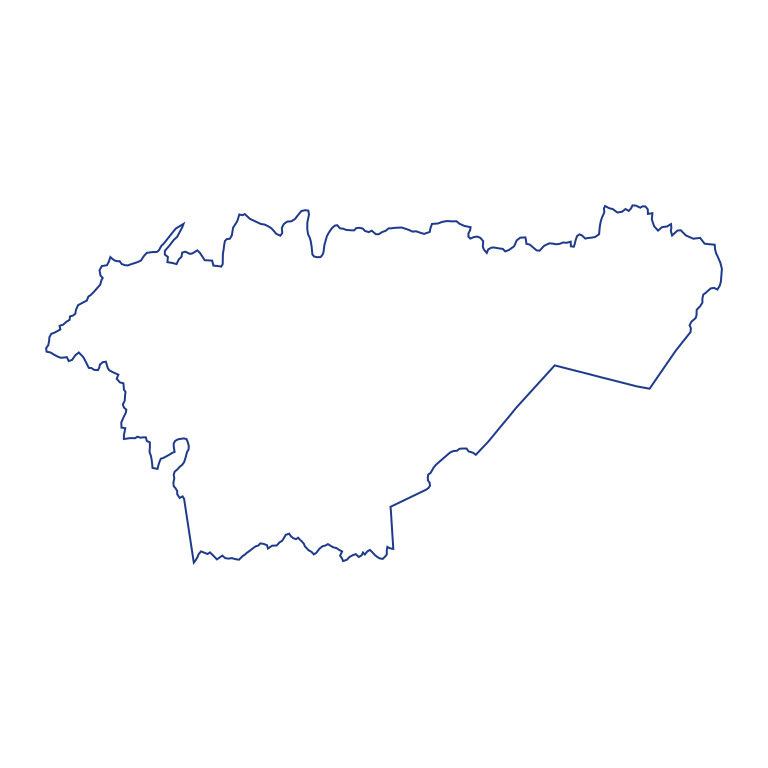 Acopiara, Ceará, Brazil (Natural Earth projection)
{"feature_id": "56859067B11934644430422", "entity_name": "Acopiara", "entity_type": "district", "adm_level": 2, "iso_a3": "BRA", "parent_name": "Brazil", "parent_adm1": "Ceará", "projection": "natural_earth1", "projection_center": [-39.533, -6.148], "detail": "fine", "context": "isolated", "style": "outline", "palette": "blue", "viewbox_px": 768, "rotation_deg": 0, "n_neighbors": 0, "source": "geoboundaries", "source_scale": "gbopen_adm2", "svg_char_len": 5871}
<svg xmlns="http://www.w3.org/2000/svg" viewBox="0 0 768 768"><path d="M721.9,268.8L720.3,262.6L717.4,255.9L716.1,253.3L715.1,249.5L714.7,244.7L709.2,244.2L704.6,243.7L700.1,237.9L693.3,238.7L685.8,235.4L680.7,230.2L677.4,230.6L672.1,235.5L670.8,230.8L671.4,227.8L671.0,224.1L667.0,226.5L662.1,227.1L658.0,230.6L654.1,226.2L651.8,219.4L652.4,213.2L647.9,213.9L647.8,209.4L645.4,206.4L642.3,206.4L640.3,207.7L635.8,205.6L632.5,205.4L631.0,208.5L628.7,210.9L625.5,209.0L622.0,211.8L617.4,212.5L615.3,211.0L612.8,209.1L608.9,208.1L605.1,206.0L604.0,208.3L604.3,212.4L602.0,217.5L600.8,221.1L600.0,225.3L599.6,228.5L599.1,234.2L594.9,237.1L590.9,237.7L587.8,238.0L585.4,238.6L581.8,235.3L579.4,234.4L577.1,236.0L575.6,240.2L574.8,243.8L573.8,246.7L570.9,246.3L570.7,241.7L566.5,242.8L563.0,242.5L559.8,243.8L556.3,244.3L553.3,243.7L549.4,243.3L544.1,245.8L539.6,250.7L536.6,250.4L531.8,246.3L529.8,244.6L526.4,243.8L526.0,240.4L525.4,237.4L520.2,237.7L516.6,240.5L515.3,243.8L514.1,246.3L508.8,250.1L505.2,251.4L502.8,248.9L499.1,248.4L494.1,247.5L491.5,247.6L488.2,249.4L486.8,252.9L484.0,249.7L482.8,246.7L483.2,241.1L480.4,237.9L477.3,236.6L474.1,237.0L470.3,238.6L468.4,236.7L468.5,233.2L470.1,230.3L470.6,227.2L467.6,226.6L464.3,225.9L459.6,223.8L456.4,221.2L452.7,221.4L450.0,221.2L446.4,221.1L442.2,221.9L437.9,223.5L432.0,223.9L430.4,228.4L429.8,231.9L424.1,233.9L420.8,232.9L416.1,231.3L412.4,231.6L409.2,230.0L401.6,227.5L398.1,227.7L395.1,227.8L391.3,228.3L388.5,228.4L386.0,230.6L381.9,232.2L378.8,234.2L375.8,234.2L371.8,230.7L368.6,232.1L364.9,230.9L362.8,228.6L359.6,227.8L356.3,228.1L354.2,230.3L351.2,230.3L346.1,229.9L343.2,228.7L340.1,228.4L337.2,225.2L334.9,225.6L332.1,227.9L328.9,232.5L326.8,236.4L324.4,245.0L324.0,248.2L323.4,252.6L322.3,255.1L320.5,257.1L317.0,257.2L314.1,256.5L312.4,254.5L311.6,246.5L310.7,240.9L309.6,237.3L308.1,234.4L307.3,229.2L307.3,222.8L309.0,214.5L308.3,210.6L305.2,210.2L301.4,211.0L296.8,216.6L295.2,218.8L291.6,221.2L286.9,221.7L283.7,224.2L281.8,228.1L282.3,233.0L280.3,235.7L276.2,233.8L273.7,230.8L271.5,228.4L268.6,226.5L264.5,224.5L260.9,224.0L250.0,218.9L244.8,214.1L242.5,215.2L239.3,214.5L237.3,221.1L233.1,227.7L231.8,235.4L229.9,238.7L226.6,239.2L224.9,241.1L224.3,244.3L223.6,249.7L222.9,254.0L222.7,264.1L221.3,266.6L217.8,266.0L213.4,265.6L212.1,260.6L204.7,260.2L199.8,252.7L197.3,250.4L192.4,253.4L190.0,253.9L185.3,251.7L182.2,252.6L181.5,256.8L178.8,259.4L176.5,264.1L172.9,263.1L167.4,262.1L167.9,257.0L164.8,254.5L164.9,250.8L167.4,247.9L169.2,245.9L173.7,240.0L177.1,236.9L182.2,227.4L183.5,223.9L176.0,228.4L173.9,230.8L163.6,243.8L161.4,245.8L158.8,250.4L156.8,252.0L152.9,252.0L146.7,252.9L143.6,256.4L141.0,260.5L138.1,261.9L134.0,263.3L130.8,264.3L127.9,265.4L125.1,265.2L121.8,264.1L119.6,261.2L117.0,261.2L114.7,260.5L112.4,258.9L110.4,257.1L108.6,262.2L107.0,265.2L101.8,266.1L99.5,270.2L100.5,275.6L102.7,277.9L101.5,280.1L100.2,284.7L94.2,291.5L90.5,295.2L88.4,296.5L86.8,300.6L83.8,302.1L78.0,305.2L76.0,309.8L75.3,313.8L72.7,315.7L70.0,316.4L69.6,319.8L66.4,321.8L63.1,324.7L59.6,325.8L60.3,329.5L54.6,332.6L51.2,333.9L49.4,337.3L49.1,341.3L48.2,345.3L46.1,348.2L46.6,351.7L50.6,352.5L54.1,354.7L58.3,356.9L60.9,357.8L66.9,357.2L68.7,361.1L72.1,359.9L75.4,355.2L78.8,352.5L83.0,356.8L84.7,359.7L88.8,367.9L91.3,368.0L94.3,369.9L98.0,370.1L99.3,367.5L99.9,364.7L102.7,362.2L105.9,361.7L106.7,364.5L107.7,367.9L109.3,370.3L112.6,372.1L118.4,374.7L116.7,378.8L119.9,382.4L123.4,383.3L123.7,386.5L123.9,389.6L125.5,391.9L125.1,395.4L124.7,400.8L122.8,404.4L123.9,407.5L126.3,409.7L125.8,412.8L124.2,415.9L122.4,419.9L121.3,422.5L121.5,427.6L125.3,428.2L123.9,435.3L123.9,439.0L130.2,438.1L135.2,438.2L137.3,436.7L140.5,437.7L143.3,437.3L145.8,437.3L146.8,441.0L149.8,442.3L149.9,447.0L149.5,451.7L151.0,456.2L151.7,460.1L152.2,464.2L152.5,467.9L157.5,468.9L158.6,464.5L159.5,461.9L160.8,458.7L163.1,458.1L169.0,454.9L172.4,452.8L174.6,451.9L173.7,446.3L173.7,443.4L175.2,440.9L178.0,439.3L183.9,438.4L186.5,439.1L187.9,442.5L188.8,446.0L188.6,449.4L186.9,452.3L185.9,456.5L184.1,462.2L182.1,464.9L179.8,466.7L177.5,469.3L174.7,471.6L173.7,474.7L174.3,478.2L173.4,482.8L173.7,486.2L175.5,488.2L177.2,491.0L177.2,494.1L179.6,497.9L182.6,496.4L184.1,498.9L193.8,562.6L195.9,559.9L197.5,557.0L198.5,554.4L201.0,551.4L207.6,554.0L210.0,552.4L213.5,555.8L216.9,559.4L222.3,555.6L225.3,558.2L228.9,558.6L231.8,558.1L235.3,559.1L239.0,559.7L242.7,556.0L244.8,554.7L246.6,553.0L249.2,551.2L253.1,548.1L255.7,546.3L258.4,545.5L260.3,543.4L263.6,543.9L267.0,545.2L267.9,548.5L272.1,545.7L276.7,545.5L279.5,542.4L282.0,540.9L283.8,538.2L285.8,534.8L289.2,533.7L291.0,536.4L293.2,538.1L296.0,539.2L298.1,537.7L299.9,539.7L302.0,541.6L303.9,543.8L304.9,546.4L306.8,548.3L308.5,550.2L311.4,551.8L313.9,554.4L316.4,552.7L319.4,548.8L322.4,546.3L325.5,545.5L327.9,544.1L330.1,545.5L333.2,547.3L336.5,548.1L339.5,550.1L342.1,551.4L340.1,555.7L342.0,558.4L343.1,561.1L347.0,559.7L349.4,557.0L352.6,555.3L355.7,554.1L358.8,557.0L361.6,555.3L363.0,552.5L364.8,554.5L367.4,551.4L369.9,549.9L372.5,552.4L375.3,555.5L379.4,558.3L382.7,558.9L385.3,556.4L386.8,554.3L386.8,550.2L387.4,546.9L389.6,548.2L393.3,548.9L390.9,511.2L390.5,506.8L426.1,489.7L428.5,488.0L430.0,485.7L429.6,482.6L427.9,480.4L427.8,477.8L428.2,474.6L430.6,472.9L432.1,470.3L433.6,467.6L435.9,464.8L450.2,452.4L453.2,451.1L457.0,450.7L459.5,448.8L462.9,448.5L466.5,448.5L468.6,451.4L473.0,452.7L475.8,454.8L488.3,441.6L496.8,431.3L499.0,428.6L509.6,415.9L515.8,408.2L554.7,365.4L588.5,374.0L601.5,377.4L612.7,380.2L636.9,386.4L649.6,388.7L659.2,374.7L676.0,350.3L690.5,332.1L690.9,328.2L689.6,325.3L691.4,321.7L695.6,318.1L696.5,315.4L696.7,309.8L700.2,306.2L702.4,302.6L702.4,298.5L703.3,294.6L705.8,292.8L708.0,290.8L710.7,288.4L714.0,287.9L717.4,289.5L719.7,285.8L720.9,281.6L721.9,268.8Z" fill="none" stroke="#1e3a8a" stroke-width="2"/></svg>